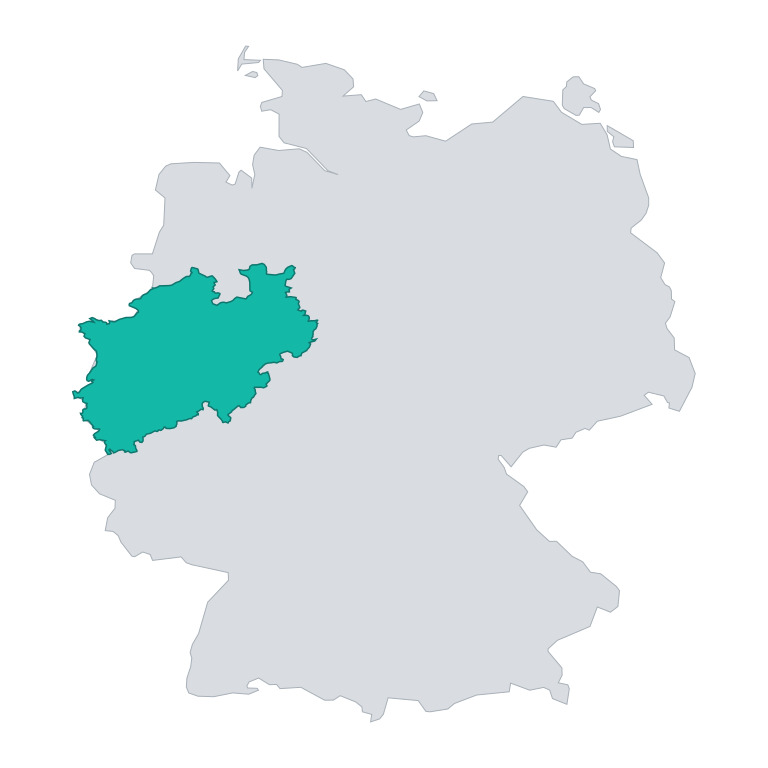 Nordrhein-Westfalen highlighted on a map of Germany
{"feature_id": "DEU-1572", "entity_name": "Nordrhein-Westfalen", "entity_type": "State", "adm_level": 1, "iso_a3": "DEU", "parent_name": "Germany", "parent_adm1": "", "projection": "natural_earth1", "projection_center": [7.941, 51.424], "detail": "fine", "context": "in_parent", "style": "filled", "palette": "teal", "viewbox_px": 768, "rotation_deg": 0, "n_neighbors": 0, "source": "natural_earth", "source_scale": "10m", "svg_char_len": 9630}
<svg xmlns="http://www.w3.org/2000/svg" viewBox="0 0 768 768"><path d="M324.6,700.2L300.9,687.3L280.0,688.6L276.5,684.4L269.4,684.7L258.6,678.0L249.1,681.9L246.9,685.8L247.6,688.0L257.2,688.3L258.5,690.2L248.7,694.2L232.7,692.9L213.8,696.7L198.0,696.2L188.8,693.0L186.3,687.0L186.9,678.2L190.7,666.6L191.8,658.0L190.1,652.6L192.4,644.4L198.6,633.6L207.7,602.2L228.5,580.2L228.2,572.6L192.1,564.8L186.2,562.7L181.1,556.9L152.6,560.4L150.2,554.5L142.7,552.0L134.7,556.7L131.9,556.2L121.0,542.2L118.2,535.6L113.0,531.4L105.2,530.6L107.7,517.7L115.0,508.2L115.3,500.3L99.5,493.8L91.5,484.9L89.5,474.4L94.2,462.3L107.2,455.0L105.7,443.2L94.6,437.0L94.0,435.0L98.6,430.6L82.2,417.2L86.1,403.7L83.3,399.8L75.7,396.8L73.2,392.8L78.7,391.9L91.8,382.6L92.3,381.1L88.6,379.8L88.2,376.0L96.7,356.3L96.3,353.0L89.5,343.4L89.4,340.0L80.0,329.2L80.0,325.8L94.8,319.0L107.6,323.8L112.3,320.9L118.5,321.3L133.7,316.4L137.9,310.4L132.0,305.5L132.7,301.7L149.8,290.9L152.7,285.7L153.7,275.8L151.5,272.4L149.3,270.3L134.5,268.5L130.7,262.8L132.0,255.3L134.5,253.9L152.4,253.9L159.4,232.1L163.7,225.2L165.0,198.0L155.4,190.0L159.0,174.4L165.7,166.1L171.0,163.8L194.0,162.4L219.4,163.0L229.9,175.6L226.0,182.1L232.2,185.1L235.2,184.0L238.9,172.1L241.1,170.2L251.7,178.1L251.9,188.4L254.8,174.4L252.6,164.7L254.1,155.2L260.1,147.2L278.7,150.5L299.2,148.8L307.0,152.4L324.8,170.7L338.1,174.6L327.9,170.7L306.4,148.5L284.0,142.8L279.0,136.4L279.1,114.1L270.7,109.7L261.7,111.2L260.4,106.2L261.9,102.4L282.0,96.5L282.4,90.4L264.0,68.8L263.2,59.3L278.6,59.9L297.4,64.3L302.0,67.4L325.9,63.4L344.3,69.8L353.0,78.9L353.6,86.8L343.0,96.1L361.3,94.7L365.9,101.5L375.7,99.0L400.6,109.4L419.3,104.0L422.8,112.5L419.2,121.0L406.2,130.0L409.2,135.6L413.4,136.9L425.8,135.7L445.6,141.2L471.7,124.0L492.7,122.1L523.0,96.5L553.3,101.3L561.5,112.3L581.8,124.4L600.2,123.3L607.1,134.8L610.4,149.0L621.3,156.4L637.0,159.6L640.2,174.5L648.7,197.9L648.7,205.2L646.1,213.2L641.3,220.0L631.1,228.1L630.6,232.8L657.2,252.9L664.6,263.0L660.7,277.6L665.0,284.6L669.5,287.0L671.3,290.7L671.5,299.1L674.9,301.6L670.1,316.9L665.4,323.2L667.0,328.5L674.2,338.0L674.6,349.9L689.1,357.6L695.2,373.5L692.0,387.2L679.4,411.3L668.9,408.0L669.4,402.9L667.5,402.5L663.9,396.0L648.4,392.2L644.2,395.3L652.1,404.3L620.5,416.2L597.3,421.2L589.3,430.2L585.1,428.4L575.9,432.3L572.2,438.1L561.0,439.8L556.1,447.2L544.0,445.0L529.3,448.3L522.8,452.1L511.1,466.8L501.2,455.5L498.7,455.5L498.1,459.2L504.1,467.3L506.5,474.1L523.8,486.5L527.7,491.8L519.6,505.4L536.7,529.8L549.4,541.4L556.5,541.3L572.2,556.4L582.6,561.7L590.5,572.2L600.7,573.8L616.3,586.4L619.5,590.7L617.9,606.5L610.4,612.2L597.3,607.0L590.0,626.4L557.4,640.3L548.1,648.8L548.1,651.5L561.9,667.9L562.1,675.2L558.3,682.8L567.8,684.8L569.3,688.7L566.9,704.3L552.5,698.6L549.7,690.1L543.7,687.4L529.7,690.2L510.6,683.1L509.2,691.8L476.7,695.0L454.4,703.5L447.8,709.0L430.1,711.8L425.9,711.4L418.2,700.6L388.1,697.8L383.4,714.2L379.6,718.9L370.6,721.9L371.7,714.4L362.4,711.8L361.9,706.9L355.7,701.9L340.2,695.7L333.4,700.1L324.6,700.2ZM598.6,103.7L600.5,109.5L598.8,112.4L591.1,107.5L583.6,107.6L579.3,115.1L576.0,115.4L564.2,108.6L562.3,105.3L562.8,89.9L566.4,86.6L566.8,81.9L573.1,76.9L578.8,76.7L583.6,83.9L594.7,88.6L595.7,90.7L589.9,96.8L591.4,100.1L598.6,103.7ZM633.2,140.7L633.6,147.5L614.4,146.8L612.6,141.7L613.8,136.7L607.3,131.4L607.2,125.6L633.2,140.7ZM241.8,64.1L237.6,70.9L238.3,58.9L245.6,46.1L248.6,46.4L244.6,52.2L243.9,59.6L260.5,60.3L258.6,62.5L241.8,64.1ZM437.1,100.7L426.9,100.9L419.0,96.6L423.8,90.9L433.7,93.6L437.1,100.7ZM257.8,75.6L255.2,77.6L245.3,75.4L252.6,71.5L256.8,72.5L257.8,75.6Z" fill="#d9dde1" stroke="#a8b0b8" stroke-width="1"/><path d="M135.8,299.2L139.8,298.9L140.7,298.3L142.2,295.9L143.5,294.8L146.4,293.8L147.8,292.8L150.1,290.1L153.1,288.7L153.3,288.3L153.1,288.0L154.9,288.1L157.7,287.1L159.5,285.9L168.8,285.6L171.6,285.2L176.2,282.5L179.4,281.5L182.9,278.7L186.0,276.7L187.3,276.4L189.2,276.5L190.2,275.5L191.2,273.2L192.0,272.7L191.4,271.9L190.9,271.7L190.6,270.9L191.4,268.2L191.9,267.6L192.4,267.5L197.6,268.9L198.2,269.9L198.9,273.2L205.4,276.2L206.4,277.1L207.3,277.3L211.7,275.9L212.4,276.0L214.9,278.6L216.8,281.2L217.0,281.7L216.8,281.8L214.0,282.5L214.3,283.5L215.2,284.9L213.1,287.0L213.8,288.7L212.1,290.9L212.6,291.5L214.4,291.8L214.7,292.7L215.3,293.1L218.2,292.9L219.7,293.4L220.0,294.0L218.1,298.0L215.2,298.4L213.5,299.0L211.6,300.4L211.5,300.9L212.9,303.8L217.0,305.3L220.3,302.9L221.4,302.5L223.8,302.2L226.3,302.9L231.0,301.5L233.1,300.3L234.6,298.6L236.8,297.1L245.9,298.9L246.3,298.7L247.6,296.5L250.9,294.7L252.0,293.4L252.4,292.3L250.1,290.9L249.9,290.1L249.8,282.4L249.1,279.4L248.5,278.1L247.6,276.9L245.7,275.8L241.3,274.2L240.4,273.2L239.1,269.7L243.5,270.5L247.3,270.1L249.0,269.4L249.4,268.8L250.0,266.3L252.2,264.9L256.9,264.8L262.1,263.4L264.3,264.5L266.2,267.2L266.4,268.5L266.3,270.4L266.7,271.3L266.4,273.4L266.7,274.2L274.5,275.0L276.7,274.8L279.1,274.1L283.6,273.3L284.1,272.7L285.1,270.2L286.1,268.7L287.9,267.2L291.6,265.6L292.3,265.7L293.7,267.0L295.2,267.6L294.7,268.8L293.5,269.6L294.8,273.3L291.2,278.5L289.5,279.3L286.7,279.3L285.9,280.8L285.1,285.5L285.4,286.1L291.2,288.0L289.1,289.3L288.9,289.7L289.4,291.0L289.4,291.9L287.6,291.9L285.5,292.4L286.8,295.2L286.8,295.7L286.1,297.1L290.6,296.7L296.0,297.5L296.2,297.8L295.8,299.3L298.3,300.5L299.0,301.3L299.1,301.8L298.3,303.7L299.8,307.2L299.6,307.9L298.4,308.9L298.3,309.5L297.9,309.9L301.2,311.2L301.5,311.1L301.8,310.4L302.8,310.1L305.7,311.0L305.0,314.1L303.7,315.4L306.8,315.3L308.4,315.9L309.0,316.8L309.3,317.9L309.2,318.9L308.2,321.1L308.9,321.2L311.2,320.7L314.2,320.8L317.2,320.1L317.6,320.3L316.2,322.5L316.5,322.9L317.7,323.4L317.1,324.2L317.0,326.2L315.8,328.8L314.0,330.0L313.6,331.0L313.0,331.7L313.1,334.6L312.7,335.6L312.9,336.6L311.9,337.7L311.7,338.4L311.8,339.2L312.2,339.8L313.2,339.9L316.3,339.1L314.8,341.0L310.0,342.3L309.1,342.7L310.6,344.0L309.3,347.3L307.7,348.9L306.7,350.5L301.8,353.1L301.0,355.7L299.7,355.8L297.1,357.4L294.0,357.0L292.4,355.7L292.5,354.3L292.3,353.5L291.9,353.0L287.6,351.2L283.8,352.2L280.2,353.7L279.9,354.1L279.7,354.9L280.7,356.3L281.0,358.8L282.6,359.1L283.2,359.6L282.7,361.0L282.2,361.4L279.4,361.6L276.9,362.9L273.7,362.3L271.2,362.8L268.2,363.0L265.1,364.0L264.5,364.8L263.2,365.5L262.8,366.4L259.1,369.7L257.9,372.0L259.2,373.1L259.7,374.3L260.7,374.6L261.4,374.4L262.3,373.4L265.4,372.9L267.2,371.9L267.9,372.1L267.7,373.3L268.5,373.7L269.9,378.9L269.9,380.0L269.8,380.4L266.1,384.1L266.9,385.6L266.8,386.2L263.7,387.8L261.4,387.3L254.5,387.3L254.2,388.1L255.3,389.9L255.2,391.1L255.9,393.6L254.7,395.0L253.5,397.2L252.2,397.8L250.8,400.3L250.5,402.7L249.0,402.8L247.9,403.4L245.8,405.1L245.7,406.3L243.6,407.5L240.6,407.5L239.5,405.9L238.1,405.9L233.6,409.7L232.2,410.5L231.6,411.9L227.9,414.6L227.9,415.0L228.5,415.4L228.6,416.0L230.2,417.1L230.8,417.9L230.2,420.9L228.8,421.6L228.0,423.0L225.3,421.8L223.2,422.5L222.7,422.4L222.3,420.9L221.1,419.3L218.2,416.3L217.5,415.2L217.7,412.6L216.8,409.6L214.9,410.1L211.0,407.0L208.4,406.0L208.3,405.4L209.3,402.2L205.3,401.3L204.4,401.5L202.3,403.2L202.1,404.1L202.4,406.7L203.2,408.1L203.3,409.0L203.0,409.7L201.0,409.2L199.3,410.7L196.7,412.0L198.3,413.6L198.3,414.5L198.0,415.0L196.9,414.7L195.8,415.9L192.8,417.0L191.6,418.7L189.7,418.5L187.0,419.7L181.3,421.0L178.7,420.9L177.1,421.2L176.6,421.7L176.9,422.1L176.8,424.3L176.2,425.3L176.1,426.4L173.9,427.8L169.9,428.6L166.1,428.4L165.4,427.3L164.3,427.0L163.3,428.6L161.2,430.2L160.5,430.4L158.7,429.9L157.8,431.2L157.1,431.5L154.9,430.9L150.6,433.2L146.5,434.2L144.7,436.4L142.8,437.1L143.1,439.3L143.0,441.0L142.0,442.3L141.1,442.4L139.7,442.0L138.4,440.2L134.3,441.6L134.3,443.0L133.7,444.5L135.4,445.6L135.7,448.3L136.9,450.4L137.0,450.9L136.8,451.5L131.3,452.8L130.2,452.6L128.1,451.0L125.7,452.1L125.0,452.1L124.5,451.8L125.0,451.0L124.8,450.7L122.3,449.7L118.4,450.5L115.1,452.4L113.6,452.9L112.7,451.3L111.1,450.5L110.1,449.3L109.5,449.2L109.0,449.7L109.1,450.1L111.4,453.5L109.5,454.4L107.8,454.4L107.7,453.9L105.4,450.5L105.3,449.5L106.3,446.2L106.3,444.8L105.6,444.4L105.0,443.6L104.5,442.0L104.6,441.3L105.4,440.7L101.2,440.0L99.9,439.5L96.6,440.2L94.9,438.4L95.4,437.7L94.1,437.4L94.0,437.0L94.6,436.4L93.4,435.2L94.7,433.6L98.4,431.4L99.7,429.5L99.5,429.0L94.8,428.9L93.4,428.3L92.6,427.1L93.5,426.6L89.4,421.5L88.1,420.4L83.4,420.8L83.1,420.1L83.4,418.3L82.1,417.7L82.5,416.1L80.8,414.4L80.5,413.3L81.6,413.5L82.6,412.8L82.9,411.8L82.7,410.2L83.3,409.3L84.3,408.9L85.8,409.0L86.6,408.3L87.0,406.7L86.5,404.9L87.1,403.5L84.9,402.9L82.8,401.6L82.5,399.6L83.2,398.2L83.1,397.7L80.6,398.0L77.9,397.4L74.3,398.5L74.2,396.3L73.2,393.8L72.8,391.7L74.8,390.9L75.7,391.3L77.4,392.9L78.6,392.8L79.5,392.0L80.8,389.8L81.7,388.9L88.1,385.0L91.9,383.3L93.0,382.2L91.5,381.1L93.7,379.9L92.1,379.4L88.7,381.3L87.1,380.6L86.6,379.0L86.9,377.0L87.5,375.3L89.6,372.9L93.1,367.8L95.6,366.3L96.2,365.5L96.8,362.5L97.2,361.8L96.2,360.8L96.3,359.2L97.1,355.6L96.4,351.2L93.6,348.7L89.2,343.7L88.9,342.6L90.1,339.5L85.5,337.9L84.0,336.3L84.9,333.8L84.2,333.3L82.0,332.1L79.3,331.9L79.4,331.0L80.9,329.8L81.0,328.0L80.2,326.3L78.6,325.4L78.9,324.6L80.0,324.0L82.8,323.6L86.5,321.9L89.2,321.3L94.1,322.3L93.2,321.2L89.8,318.6L92.2,317.6L94.3,318.4L96.5,319.8L98.8,320.6L101.4,320.3L103.0,322.0L105.6,322.3L106.6,322.8L106.8,324.2L109.4,323.6L109.7,322.7L109.1,320.8L113.5,321.8L114.8,321.8L119.3,319.4L126.0,317.5L132.0,317.4L133.9,316.6L135.4,315.1L137.0,312.9L138.4,312.1L138.3,310.4L136.2,308.6L129.3,305.7L129.2,304.3L129.6,303.4L131.8,302.8L133.2,300.7L134.4,299.8L135.8,299.2Z" fill="#14b8a6" stroke="#0f766e" stroke-width="1.5"/></svg>